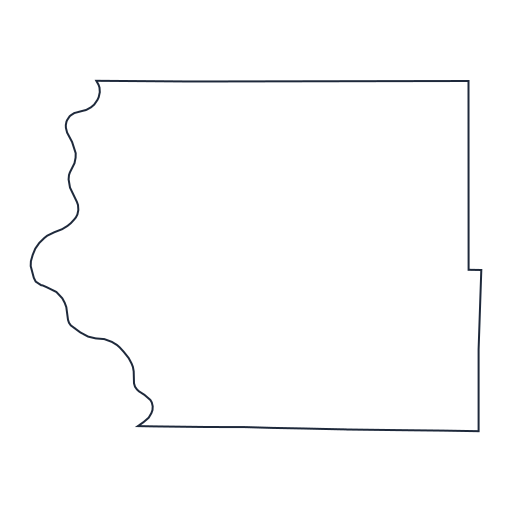 Fremont, Iowa, United States of America
{"feature_id": "52423323B89292359630527", "entity_name": "Fremont", "entity_type": "district", "adm_level": 2, "iso_a3": "USA", "parent_name": "United States of America", "parent_adm1": "Iowa", "projection": "natural_earth1", "projection_center": [-95.772, 40.741], "detail": "fine", "context": "isolated", "style": "outline", "palette": "slate", "viewbox_px": 512, "rotation_deg": 0, "n_neighbors": 0, "source": "geoboundaries", "source_scale": "gbopen_adm2", "svg_char_len": 1247}
<svg xmlns="http://www.w3.org/2000/svg" viewBox="0 0 512 512"><path d="M78.3,209.4L78.3,210.2L77.4,214.5L75.9,217.4L74.2,219.5L70.8,223.2L67.5,225.9L62.1,229.2L54.4,232.2L47.2,235.7L44.3,238.0L39.3,242.9L35.3,248.6L32.7,254.9L30.9,261.2L30.7,266.1L33.8,277.8L35.7,281.6L41.1,285.2L42.6,285.4L46.7,287.2L56.4,292.0L62.3,298.3L64.7,302.8L66.3,307.1L68.0,319.8L69.0,322.8L70.8,325.4L80.0,332.2L81.2,332.9L88.1,336.6L95.7,338.4L104.3,339.1L111.9,341.9L117.1,345.1L119.7,347.4L123.7,351.8L128.7,358.1L131.6,363.6L132.9,366.9L133.7,371.4L134.0,383.3L135.0,386.7L136.9,389.4L138.9,391.3L144.5,394.9L150.4,400.0L151.8,402.5L152.7,406.3L152.5,410.0L151.4,413.1L148.7,417.7L143.7,422.0L137.9,426.1L154.6,426.4L205.9,427.0L245.6,427.1L272.3,427.9L304.5,428.5L321.2,428.9L340.1,429.3L345.7,429.4L346.9,429.5L395.6,430.1L442.5,430.6L478.6,431.2L478.6,349.3L481.3,270.0L468.6,269.8L468.5,81.0L191.2,81.5L96.3,80.8L98.6,84.9L99.5,87.6L99.8,92.2L98.7,97.2L97.5,99.8L94.2,104.6L91.0,107.3L86.3,109.9L74.4,113.0L71.1,115.1L69.7,116.2L67.2,120.0L66.5,121.5L65.8,125.1L65.9,127.8L67.1,132.6L72.1,142.0L75.7,153.2L75.6,157.7L74.5,163.2L69.9,172.4L69.0,175.0L68.6,179.4L70.0,187.6L76.9,201.9L78.0,205.0L78.3,209.4Z" fill="none" stroke="#1e293b" stroke-width="2"/></svg>